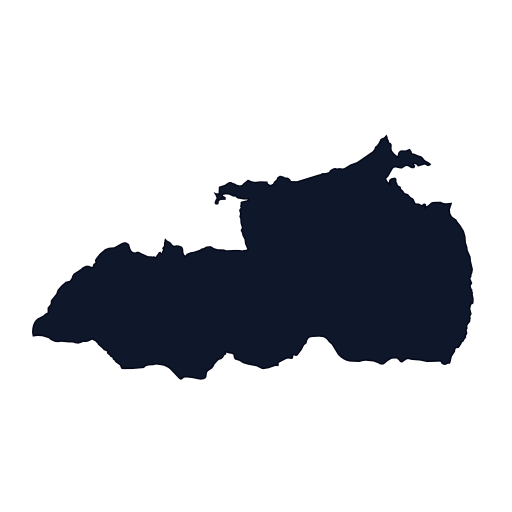 outline of Guayabal De Síquima, Cundinamarca, Colombia, rotated 273°
{"feature_id": "7082276B27763820431967", "entity_name": "Guayabal De Síquima", "entity_type": "district", "adm_level": 2, "iso_a3": "COL", "parent_name": "Colombia", "parent_adm1": "Cundinamarca", "projection": "orthographic", "projection_center": [-74.482, 4.888], "detail": "fine", "context": "isolated", "style": "filled", "palette": "ink", "viewbox_px": 512, "rotation_deg": 273, "n_neighbors": 0, "source": "geoboundaries", "source_scale": "gbopen_adm2", "svg_char_len": 6118}
<svg xmlns="http://www.w3.org/2000/svg" viewBox="0 0 512 512"><g transform="rotate(273 256 256)"><path d="M160.3,62.9L160.9,65.8L160.6,74.0L160.8,78.0L160.1,80.2L159.9,83.1L161.2,86.5L161.9,87.4L161.9,90.3L162.4,92.4L164.5,96.3L164.5,97.8L163.8,98.4L163.5,99.8L160.7,102.9L159.7,103.4L156.2,107.9L154.7,109.3L153.6,112.4L152.6,113.2L152.0,112.9L151.0,113.3L149.9,115.1L148.4,116.3L147.6,118.4L145.7,119.1L144.9,120.5L143.3,121.6L140.1,126.5L137.1,127.8L136.8,129.0L137.4,138.5L138.7,148.0L139.0,149.7L139.9,150.3L141.1,152.1L141.9,154.8L142.2,158.6L143.1,161.9L142.7,167.3L142.1,170.7L140.7,173.9L139.3,176.2L130.2,185.8L129.3,187.2L129.6,188.3L130.7,189.2L131.5,190.5L131.8,192.8L131.6,198.0L130.3,207.1L131.0,210.3L131.9,211.5L132.9,212.1L137.2,212.4L139.0,213.6L142.0,217.6L144.0,218.9L145.9,219.6L149.8,222.7L151.0,224.0L151.8,226.3L153.2,227.8L156.1,229.3L156.5,230.5L158.9,230.8L157.9,234.9L157.8,237.0L157.2,238.4L156.6,239.3L154.1,239.7L152.5,240.5L152.1,241.1L151.1,245.1L148.9,249.1L147.8,253.7L146.6,262.5L144.3,267.8L144.1,269.0L145.2,274.1L147.9,280.8L147.9,283.3L148.2,283.7L150.1,283.5L151.1,283.9L155.5,291.4L156.0,293.2L155.8,297.2L156.9,297.7L158.6,297.6L159.4,298.3L159.5,299.2L159.0,301.2L159.4,302.1L165.1,306.0L169.9,308.1L171.9,310.4L174.3,310.8L176.0,311.6L177.5,312.7L178.4,314.5L178.8,316.7L179.5,323.4L179.1,328.0L178.4,329.6L176.8,331.7L174.2,334.0L172.0,336.8L162.1,343.6L159.8,346.3L158.0,349.3L156.9,351.9L156.2,355.3L156.3,364.7L157.3,367.6L157.9,370.9L157.5,379.1L155.8,384.4L155.1,385.3L154.8,387.4L155.2,389.0L158.5,392.5L160.8,395.9L161.3,397.0L161.8,401.9L160.3,404.2L158.3,405.9L158.0,407.3L161.0,411.0L161.8,413.1L161.1,417.1L160.9,425.3L159.8,432.3L160.9,445.8L160.1,446.7L158.9,447.3L158.1,448.6L157.8,450.1L158.0,451.0L158.9,452.6L159.6,453.1L159.1,454.5L160.1,455.1L166.2,456.2L171.2,459.1L173.7,459.3L175.0,460.2L175.5,462.9L179.3,465.1L181.1,465.7L181.9,467.0L184.3,468.2L185.9,469.4L187.5,469.1L189.3,470.2L190.3,470.3L193.1,469.5L194.7,470.3L198.0,469.9L202.0,472.7L203.7,472.6L205.0,473.0L207.0,472.4L209.5,473.6L214.0,472.1L215.3,472.1L219.0,472.8L220.4,474.9L224.5,474.9L229.1,473.7L230.6,473.9L231.4,473.2L233.1,473.2L233.9,472.2L234.4,472.3L236.3,471.4L237.8,471.3L240.2,472.6L244.5,470.5L247.4,471.6L248.7,471.4L250.6,472.2L253.9,472.6L262.6,470.1L266.1,469.7L272.7,466.4L275.5,466.0L280.3,464.2L286.3,463.5L291.5,461.7L296.9,458.0L300.6,454.7L302.3,453.7L304.4,450.2L305.6,448.8L308.7,447.0L312.9,446.5L318.6,448.1L317.8,442.9L318.0,440.3L319.1,437.4L318.6,430.3L317.9,428.5L315.2,425.9L313.0,422.2L315.9,422.5L316.5,421.8L316.2,420.5L314.6,419.5L316.2,415.5L316.1,414.0L316.4,412.5L316.9,411.7L320.9,409.7L322.5,406.6L325.1,404.2L326.0,400.7L328.5,398.9L330.0,396.9L332.1,396.3L333.3,393.8L334.0,393.2L336.1,392.4L336.8,391.7L339.9,391.5L340.8,390.7L340.2,387.7L338.8,385.9L337.5,385.5L334.4,386.2L336.7,383.0L339.6,381.3L340.5,381.4L342.6,383.3L350.7,387.4L351.3,387.9L352.3,389.5L352.5,390.9L351.8,394.8L351.7,396.8L354.4,400.7L354.6,401.8L353.9,404.4L353.0,405.7L352.5,407.4L352.6,408.6L352.9,409.1L354.2,409.5L355.7,407.8L356.7,408.8L356.9,409.7L356.4,411.7L354.9,413.0L354.7,413.5L356.8,419.3L356.6,420.8L355.5,422.8L355.7,423.9L356.7,425.1L357.5,424.1L360.0,419.1L362.9,416.5L363.6,415.3L364.2,412.7L365.8,408.4L365.9,406.5L367.1,405.6L368.8,404.9L370.2,403.7L368.5,400.2L368.4,395.8L367.9,394.6L366.6,393.5L362.3,392.5L362.3,391.7L364.8,388.4L367.8,385.7L370.0,385.0L374.0,385.0L375.3,384.1L375.6,383.0L376.4,382.0L377.9,382.0L379.7,380.7L381.2,380.6L382.7,379.9L380.5,378.1L378.9,374.9L374.7,373.1L372.2,371.4L370.7,369.7L368.8,369.4L366.1,367.5L354.4,352.3L351.7,345.8L347.6,339.8L347.2,337.9L347.4,334.2L346.8,332.9L347.3,330.5L346.8,328.7L345.9,327.7L345.7,326.8L344.7,325.9L343.1,325.1L342.7,324.1L341.8,321.7L341.4,317.6L340.3,316.4L340.1,315.0L332.1,293.2L331.9,286.7L333.9,285.4L335.2,283.6L335.2,280.7L336.0,279.4L336.7,275.9L335.2,273.8L333.0,273.1L330.5,270.6L328.4,269.8L327.1,267.2L327.1,266.0L328.5,263.4L330.2,263.0L330.1,256.7L329.2,251.0L329.7,247.5L331.0,244.2L327.3,240.1L325.6,238.7L324.8,236.2L325.6,232.4L326.4,231.3L327.2,228.4L327.8,227.3L327.8,226.0L327.4,224.9L324.8,221.5L322.7,216.0L316.0,216.1L315.8,213.0L316.1,212.2L314.8,213.1L311.5,214.5L309.8,213.4L307.2,212.5L306.2,213.0L306.0,213.7L306.3,215.1L308.6,215.2L310.0,216.2L310.9,217.9L311.2,222.0L312.6,222.0L313.7,219.6L314.3,218.9L314.9,218.9L316.0,219.8L316.7,222.4L316.6,226.0L314.8,230.5L315.1,232.5L313.3,234.5L313.1,235.6L312.5,240.7L312.7,244.8L312.3,245.6L311.5,245.7L310.5,244.5L308.9,238.8L308.5,238.5L306.0,238.7L305.0,238.2L304.7,238.7L303.0,238.8L300.9,237.5L297.5,238.6L294.3,238.1L292.9,239.0L288.2,239.5L283.8,241.1L282.7,241.0L281.1,240.1L280.5,240.2L279.0,241.2L275.9,242.1L272.2,244.3L267.8,245.1L262.4,247.8L261.9,247.8L260.8,245.5L260.6,243.4L260.1,242.7L260.4,239.0L260.2,234.2L259.4,226.3L260.2,223.0L260.0,217.4L261.1,212.8L262.1,211.6L262.7,210.0L262.5,208.6L262.1,206.1L260.5,203.6L259.9,201.4L258.7,200.0L256.3,194.0L255.6,190.7L254.0,187.2L251.6,185.6L253.3,183.5L255.6,182.6L258.9,182.2L260.0,181.7L260.9,180.9L261.7,178.4L261.8,175.8L261.3,175.0L261.4,173.0L261.8,171.9L264.7,169.3L266.2,166.0L267.5,164.7L266.5,164.4L265.8,164.8L264.3,164.1L261.6,164.3L260.5,163.9L258.8,162.7L257.8,163.4L256.5,163.4L255.8,162.9L253.3,162.1L252.8,161.6L252.9,161.0L254.4,160.1L254.2,159.4L250.6,157.1L249.1,156.7L249.4,154.8L249.2,155.0L249.1,153.0L249.5,151.4L249.4,148.1L252.4,140.4L253.4,138.6L253.2,136.7L252.6,135.9L252.5,133.6L253.6,131.4L254.6,130.5L256.4,129.5L260.7,128.0L262.0,125.7L262.2,124.2L261.3,121.7L256.6,114.2L255.9,109.0L254.4,105.4L249.6,100.3L244.9,97.0L243.5,96.2L240.4,96.7L239.1,94.7L236.2,94.1L235.8,91.9L236.8,89.5L236.7,87.0L234.7,83.4L233.7,82.8L228.4,75.5L226.7,74.4L224.0,73.7L220.8,71.7L219.8,67.9L216.0,63.8L211.5,60.3L207.4,59.1L200.7,54.2L197.4,54.1L196.4,53.7L193.2,51.3L188.7,51.6L188.1,51.3L186.7,48.9L184.8,47.1L181.7,41.7L180.0,40.0L177.7,38.6L174.9,37.6L171.5,37.1L167.9,37.1L164.7,37.8L165.5,42.3L165.4,47.0L163.8,53.4L162.0,55.9L160.4,60.0L160.3,62.9Z" fill="#0f172a" stroke="#020617" stroke-width="1.5"/></g></svg>